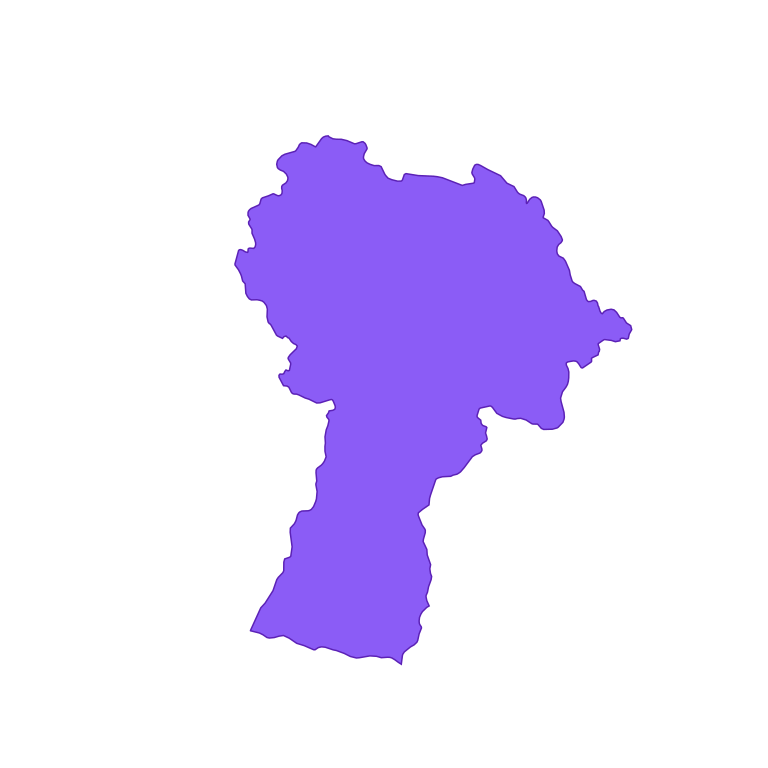 Quy Chau, Nghệ An, Vietnam (Robinson projection), rotated 329°
{"feature_id": "81297802B85029486143959", "entity_name": "Quy Chau", "entity_type": "district", "adm_level": 2, "iso_a3": "VNM", "parent_name": "Vietnam", "parent_adm1": "Nghệ An", "projection": "robinson", "projection_center": [105.091, 19.537], "detail": "fine", "context": "isolated", "style": "filled", "palette": "violet", "viewbox_px": 768, "rotation_deg": 329, "n_neighbors": 0, "source": "geoboundaries", "source_scale": "gbopen_adm2", "svg_char_len": 6171}
<svg xmlns="http://www.w3.org/2000/svg" viewBox="0 0 768 768"><g transform="rotate(329 384 384)"><path d="M308.4,597.5L309.1,591.8L310.4,588.1L311.2,586.9L314.0,584.9L317.8,580.7L323.6,576.0L325.7,573.5L326.3,570.3L328.1,566.0L330.9,562.9L333.0,552.8L335.5,547.9L336.4,539.2L337.9,537.3L342.8,532.7L344.1,530.6L344.3,529.3L344.0,524.5L345.5,515.3L345.9,513.6L347.1,512.1L352.5,511.3L360.3,510.8L364.1,505.6L366.6,503.2L378.8,492.9L379.9,492.3L382.5,492.5L386.3,493.6L393.7,497.5L396.3,497.7L400.1,498.9L402.5,498.9L404.4,498.7L409.6,497.0L422.3,491.8L425.8,491.7L430.8,492.6L432.6,492.1L433.9,491.2L434.5,489.9L435.4,486.4L437.8,485.5L442.5,485.4L444.1,484.3L445.1,481.4L445.8,478.3L449.7,474.3L449.5,473.2L447.4,470.6L447.1,469.6L447.0,467.8L448.3,464.8L447.1,461.5L446.9,460.1L447.5,459.0L452.5,454.5L454.1,454.2L463.3,457.3L464.2,457.9L464.9,459.8L465.6,467.3L468.8,472.7L471.4,475.6L477.0,480.7L478.5,481.7L480.5,482.3L483.5,483.8L486.6,487.3L487.3,488.1L490.2,494.1L491.1,495.1L494.7,497.3L495.1,497.9L496.0,503.1L497.5,505.2L505.1,509.5L509.7,510.8L510.9,510.8L517.6,509.0L520.3,506.8L521.6,505.2L523.7,501.0L526.8,490.1L528.1,487.0L533.0,482.6L538.6,480.3L541.1,478.8L543.3,476.7L545.5,473.9L548.6,468.9L549.7,465.5L550.0,461.9L550.6,460.5L551.3,459.8L552.8,459.7L555.0,460.5L558.3,461.8L560.1,463.2L560.8,464.2L561.3,466.8L561.4,471.3L561.8,472.0L562.5,472.5L572.8,471.9L573.7,471.4L575.0,469.0L576.0,468.7L582.5,469.3L584.4,467.2L585.3,466.9L586.7,465.3L587.9,460.5L588.4,459.8L589.0,459.7L595.2,459.3L596.1,459.6L601.3,463.7L604.1,466.9L608.5,468.5L609.9,467.0L610.9,467.0L612.6,467.9L615.1,470.5L616.5,470.7L617.0,470.6L619.9,467.5L624.3,465.0L624.5,464.5L625.5,461.0L623.3,456.6L623.1,451.0L622.8,450.2L621.1,449.3L620.5,448.1L620.3,442.4L619.3,438.9L617.2,436.9L613.2,435.4L610.1,435.3L607.4,436.2L607.0,435.8L606.6,434.9L606.7,432.7L607.8,428.3L607.8,427.0L608.7,424.6L608.7,422.3L607.2,420.5L606.2,420.0L603.6,419.6L601.6,418.6L601.2,417.6L601.0,416.0L603.2,407.6L602.6,405.8L602.6,401.6L599.2,396.0L598.4,393.9L598.3,392.6L599.8,386.4L601.5,382.0L602.8,372.2L602.5,368.5L599.9,364.5L599.6,362.0L600.0,360.5L600.7,358.8L603.0,355.8L605.6,354.4L608.5,354.0L610.6,353.0L611.2,352.2L611.8,348.8L611.5,342.0L609.3,336.6L609.0,335.1L608.9,329.5L608.7,328.1L606.1,323.5L606.4,322.9L609.2,320.5L610.8,317.5L612.8,308.4L612.8,306.7L611.6,303.5L610.1,301.7L608.5,300.7L607.0,300.3L604.1,300.7L599.8,302.8L599.2,302.6L599.5,301.7L600.7,300.0L601.4,297.8L601.4,296.5L600.8,294.5L598.2,291.2L597.6,289.9L597.2,288.3L597.1,281.7L592.8,275.2L591.2,265.5L583.5,253.8L579.3,246.4L577.7,244.2L576.2,243.3L574.4,243.2L570.8,245.5L568.3,247.9L567.8,249.2L567.8,253.8L567.4,255.1L565.1,257.9L564.0,257.9L556.7,254.9L553.4,254.1L540.3,237.3L536.5,233.8L533.4,231.4L520.7,223.0L511.2,215.0L509.3,214.9L505.0,218.5L504.0,218.9L503.2,218.9L500.1,217.1L496.0,213.0L493.5,209.7L492.9,206.6L492.7,204.8L493.5,196.2L492.1,194.1L488.0,191.7L485.2,188.5L483.4,185.8L482.6,183.3L482.5,180.9L482.8,179.7L483.7,178.4L485.7,176.4L490.6,173.7L491.1,172.8L491.7,169.5L491.7,168.0L490.9,165.7L489.9,165.0L483.8,163.6L482.4,162.9L477.6,156.3L473.5,152.3L469.3,149.7L466.5,147.5L464.2,143.9L464.0,142.6L461.6,141.5L459.2,141.1L456.9,141.5L447.7,145.5L447.3,145.3L444.8,141.0L441.9,137.6L437.7,134.9L436.2,134.9L434.7,135.3L432.4,136.9L428.6,138.6L427.4,138.7L417.4,136.0L414.0,135.8L408.8,137.2L407.4,138.0L405.2,140.4L404.1,143.6L404.3,145.0L405.3,147.2L407.4,150.0L408.4,153.8L408.1,157.2L407.4,158.5L406.0,160.0L403.5,161.1L399.3,161.3L398.1,162.0L397.1,163.5L396.3,165.9L395.0,167.7L394.4,168.3L392.7,168.9L390.8,168.5L389.7,167.6L387.5,164.3L386.8,163.8L382.0,163.2L375.6,161.8L373.9,162.2L370.3,165.6L368.9,166.1L360.5,165.1L358.5,165.4L356.8,166.1L355.7,167.1L354.3,169.4L354.2,173.3L353.9,174.1L351.4,175.4L350.8,176.4L350.4,177.5L350.5,182.9L350.3,183.9L348.5,186.8L347.7,193.1L346.7,196.8L345.8,198.4L344.3,200.0L342.2,200.7L339.0,198.4L337.9,198.1L337.1,198.3L335.4,200.7L334.8,200.9L333.3,199.5L331.7,196.5L330.4,195.0L329.3,194.5L328.2,194.6L318.1,204.3L317.6,205.3L318.1,211.2L317.8,215.7L317.4,218.0L315.9,222.9L316.6,226.6L312.3,235.1L312.0,238.7L312.4,241.7L313.6,243.6L318.6,246.4L320.7,248.3L322.4,250.2L323.2,252.2L323.6,256.2L322.6,259.7L318.3,266.2L316.6,271.2L316.8,273.2L317.4,274.1L317.5,275.7L317.0,286.7L317.5,288.1L320.5,292.6L322.7,291.9L324.7,292.4L325.4,294.8L326.2,295.8L326.4,299.8L327.3,302.7L328.8,304.8L329.2,306.8L327.1,308.6L318.6,310.6L315.7,311.9L315.0,312.6L314.8,313.4L314.8,317.9L314.2,319.0L309.9,323.6L308.6,323.3L307.2,321.5L305.5,322.1L303.4,323.5L301.8,323.2L300.0,321.9L298.5,322.4L297.5,324.2L297.0,333.7L299.8,335.8L300.8,337.7L300.3,343.7L300.7,345.1L301.7,346.3L303.8,347.6L305.3,349.4L309.2,355.4L311.8,358.3L316.5,365.6L319.5,367.2L328.9,369.5L330.8,370.1L331.4,370.7L331.7,371.7L331.5,373.6L330.9,377.4L330.3,378.9L329.0,380.2L328.2,380.3L326.6,380.2L323.1,378.8L321.4,380.2L318.5,381.4L318.0,382.8L318.4,386.0L317.9,387.2L314.4,390.8L310.9,393.5L306.2,398.9L303.3,404.5L301.3,407.0L298.8,411.2L296.9,416.6L293.1,419.5L290.5,420.7L288.4,421.3L284.0,421.7L282.2,422.3L281.4,423.0L280.0,425.1L276.4,432.5L274.2,434.5L273.6,435.6L271.3,441.7L266.9,447.7L265.0,449.5L260.5,452.8L257.1,454.1L254.9,454.0L253.5,453.5L248.2,450.6L245.8,450.3L244.5,450.6L242.4,451.7L238.4,455.6L236.6,456.8L235.0,457.7L229.5,459.3L227.2,462.8L221.4,476.2L215.4,483.6L214.0,483.9L208.8,482.8L206.4,485.1L201.9,492.4L200.2,493.6L193.8,495.3L191.3,496.5L182.4,504.0L169.2,510.6L163.1,512.4L142.6,526.5L142.5,526.8L149.0,533.3L151.1,536.6L153.1,541.0L154.9,542.7L159.3,544.8L164.2,546.1L168.3,547.8L171.8,553.0L175.6,561.3L180.8,567.1L186.8,575.5L188.0,576.3L191.8,576.1L193.3,576.5L195.2,577.2L198.1,579.4L203.5,585.7L205.9,587.9L211.2,594.5L214.8,600.2L219.2,604.6L221.8,605.9L231.9,609.8L237.4,613.6L240.7,617.2L246.4,620.1L248.3,621.4L249.6,622.8L251.3,626.0L252.9,629.9L254.5,633.1L259.9,626.3L260.8,625.4L263.5,624.1L271.3,623.0L275.5,623.1L279.2,622.3L280.9,621.1L285.4,616.3L290.5,612.4L290.9,611.3L290.8,608.4L291.0,607.4L292.0,605.3L294.2,602.4L297.0,600.3L299.7,598.9L305.6,597.5L308.4,597.5Z" fill="#8b5cf6" stroke="#5b21b6" stroke-width="1.5"/></g></svg>